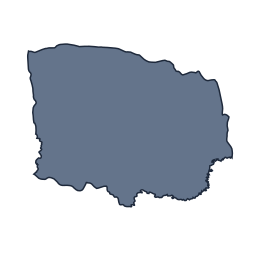 Romeas Haek, Svay Rieng, Cambodia (Albers equal-area conic projection), rotated 95°
{"feature_id": "14789045B82732978056422", "entity_name": "Romeas Haek", "entity_type": "district", "adm_level": 2, "iso_a3": "KHM", "parent_name": "Cambodia", "parent_adm1": "Svay Rieng", "projection": "albers", "projection_center": [105.801, 11.431], "detail": "fine", "context": "isolated", "style": "filled", "palette": "slate", "viewbox_px": 256, "rotation_deg": 95, "n_neighbors": 0, "source": "geoboundaries", "source_scale": "gbopen_adm2", "svg_char_len": 5817}
<svg xmlns="http://www.w3.org/2000/svg" viewBox="0 0 256 256"><g transform="rotate(95 128 128)"><path d="M52.2,131.9L52.2,134.7L52.4,136.6L52.1,138.0L50.1,143.6L49.8,144.9L49.6,147.7L49.6,155.6L49.8,160.3L49.7,161.6L50.0,164.3L49.9,168.5L50.0,173.7L50.4,178.1L51.2,183.8L50.9,184.7L50.2,189.0L49.7,195.7L49.9,198.1L50.7,202.8L51.1,204.0L52.4,206.2L54.1,207.5L54.6,208.4L55.1,213.7L55.9,216.3L56.0,217.2L57.3,220.3L60.6,226.7L60.8,227.3L60.8,228.1L60.2,230.6L60.1,231.4L60.3,233.4L60.1,233.8L64.0,234.2L65.9,234.1L78.1,232.3L79.7,231.7L80.9,230.7L81.7,229.8L82.9,229.2L84.5,229.3L86.6,229.8L87.9,229.5L89.4,228.8L93.6,227.2L97.0,226.2L100.0,225.8L103.6,225.0L104.8,225.0L106.1,224.7L107.7,223.9L108.2,223.5L108.6,222.7L110.3,221.8L111.1,221.7L111.8,221.9L114.2,223.5L116.2,224.2L120.9,224.2L124.1,223.5L127.9,222.9L130.8,222.2L131.2,221.9L131.3,221.3L133.1,220.4L134.5,219.9L138.4,219.4L141.3,219.3L142.1,219.4L142.3,218.6L143.7,217.7L144.9,217.5L146.2,217.9L146.2,215.2L146.5,214.8L147.3,214.8L147.6,215.1L148.6,214.7L148.9,214.4L149.4,212.8L149.7,212.6L150.3,212.5L151.2,212.8L152.1,212.5L152.3,212.7L153.3,213.0L154.1,212.7L155.5,213.3L155.9,213.2L156.5,212.2L157.0,212.2L158.1,212.9L159.3,214.4L159.7,214.5L160.1,214.5L160.5,214.1L161.4,213.2L162.1,212.9L162.9,212.1L163.4,211.9L164.9,212.0L165.6,212.4L165.8,213.2L165.6,214.4L166.5,215.3L167.8,216.4L168.9,216.9L169.2,216.9L169.8,216.8L170.5,216.9L171.4,216.4L171.4,215.5L172.2,215.6L172.3,215.0L172.5,214.6L173.3,215.0L174.5,215.0L175.2,214.8L176.1,214.0L176.5,213.9L177.3,214.0L179.0,215.1L179.9,215.3L180.0,215.8L180.6,216.4L181.1,216.7L182.2,217.8L182.7,216.6L185.8,212.5L186.1,211.6L186.4,210.5L186.5,209.2L186.4,206.3L186.0,205.4L184.8,204.0L184.2,202.8L184.1,202.1L184.2,200.2L185.1,197.3L186.8,195.1L188.3,193.3L189.2,192.6L190.1,191.4L190.7,189.9L190.9,188.2L190.4,183.7L190.4,181.0L190.6,179.3L191.4,177.7L192.4,176.6L194.0,174.3L194.7,172.6L194.7,170.6L194.5,169.6L193.8,168.3L192.6,167.4L190.1,166.3L186.9,165.0L186.0,164.8L185.8,164.2L186.1,163.7L186.2,163.2L186.1,161.9L186.3,160.7L186.8,159.4L189.4,156.5L190.9,154.0L190.5,152.5L188.2,147.0L188.0,145.9L187.9,144.3L188.5,143.9L189.2,143.6L191.3,143.4L192.3,143.0L193.0,142.4L193.5,141.0L194.0,140.6L194.7,140.5L195.2,140.2L195.4,139.7L195.7,137.8L196.0,137.0L197.8,135.6L198.0,135.2L197.7,133.3L198.5,132.1L199.2,131.6L202.6,130.7L204.8,129.7L205.1,129.1L205.1,128.3L204.8,127.2L204.8,126.2L205.2,125.5L205.9,124.8L206.2,124.0L206.4,122.2L206.1,119.6L206.2,118.0L205.9,117.6L204.6,118.1L204.3,118.1L204.1,117.5L204.0,116.5L204.5,115.3L204.4,114.9L203.7,115.0L202.2,115.8L201.7,115.8L200.1,114.6L198.2,115.6L196.9,115.8L196.4,115.6L195.8,114.9L195.5,113.7L195.1,113.2L194.6,113.2L193.3,113.5L192.8,113.4L192.2,113.0L191.8,112.5L191.5,111.8L191.1,109.9L191.3,108.7L191.2,108.3L190.6,108.4L190.2,109.9L189.6,110.2L189.2,110.1L188.5,109.2L188.3,108.5L188.5,107.7L189.6,105.5L190.0,103.9L191.4,103.2L191.4,101.5L190.1,101.1L190.0,100.5L190.4,99.0L191.3,96.9L191.7,95.1L192.5,94.9L193.5,95.6L194.3,95.2L194.6,94.3L194.1,92.3L194.1,91.7L194.6,90.8L194.3,88.5L194.1,88.1L193.6,87.9L192.6,87.1L192.1,86.3L191.7,84.3L191.2,83.9L190.8,83.2L192.2,82.5L191.9,79.9L191.2,78.7L191.2,78.2L191.8,77.2L192.5,76.9L193.1,77.4L193.2,78.0L193.7,78.2L194.3,77.6L194.3,77.1L193.5,76.1L193.2,75.9L193.0,75.4L193.5,74.7L193.6,74.1L194.7,72.6L194.9,71.7L194.9,70.7L194.5,69.2L194.5,68.7L195.1,67.7L195.0,67.4L194.4,66.7L194.6,66.1L195.0,65.8L195.3,65.3L195.2,64.3L195.0,63.7L194.0,63.2L193.2,62.4L194.2,60.5L193.4,59.8L192.7,57.6L192.3,57.2L191.5,57.1L192.0,56.1L192.0,55.3L191.7,54.9L190.7,54.8L190.2,54.1L190.0,53.2L188.4,51.7L186.7,51.5L186.6,50.7L187.5,50.8L187.8,49.9L187.7,49.5L187.0,49.6L184.8,49.1L185.2,48.9L185.2,48.5L184.3,47.7L182.5,46.7L182.8,46.2L183.7,45.9L183.6,44.9L183.3,44.6L182.7,45.0L181.8,45.0L181.6,45.3L180.9,45.1L180.8,44.1L180.9,42.9L180.3,42.2L180.0,42.3L178.4,43.4L178.0,42.4L177.2,42.6L177.5,42.9L177.5,43.4L176.7,43.6L174.7,43.2L174.4,43.5L174.6,43.8L174.1,44.2L174.2,44.7L174.7,44.8L174.2,45.5L173.5,45.8L173.5,45.1L173.0,44.7L172.5,44.7L172.2,43.9L171.5,44.1L170.5,45.5L170.0,45.1L170.1,43.4L169.4,43.5L168.5,44.0L167.5,44.9L167.1,44.9L167.6,43.5L167.5,42.9L167.1,43.1L166.2,44.0L163.7,43.6L162.9,43.4L163.2,42.8L163.7,43.2L163.9,42.9L163.9,41.1L163.2,40.2L162.2,41.1L162.6,41.4L162.8,42.1L162.3,42.7L161.9,43.1L161.5,43.1L158.5,43.2L157.9,41.6L157.2,40.8L156.7,39.8L156.3,39.6L154.9,39.3L154.8,39.7L154.3,39.9L153.9,40.5L154.5,40.7L154.7,41.1L154.6,41.5L153.2,41.1L152.3,40.0L152.1,39.4L152.7,39.7L153.1,39.5L153.2,38.8L153.5,38.2L152.5,37.1L152.1,36.9L151.4,37.3L151.1,36.6L151.1,35.6L152.0,35.7L152.3,34.8L152.5,33.4L152.9,32.5L152.3,32.4L151.8,31.9L151.5,30.8L151.2,30.3L150.7,30.3L150.6,31.0L150.3,30.7L150.1,29.8L149.0,29.0L148.7,28.5L148.8,27.8L149.1,27.6L149.3,27.1L149.3,26.3L148.8,25.8L148.5,24.9L148.6,24.5L148.3,24.1L148.8,23.6L149.0,23.1L148.1,22.9L147.8,22.6L147.8,22.2L148.3,21.8L144.1,21.8L141.8,22.2L139.7,22.7L137.7,23.9L132.8,28.2L131.5,28.6L129.6,28.7L127.4,28.6L125.4,28.8L123.6,28.7L121.6,28.2L117.2,29.4L113.5,29.5L110.0,28.6L108.2,28.4L106.8,30.1L106.1,31.7L106.0,33.0L106.7,35.0L105.9,35.3L104.6,35.4L100.6,35.4L98.1,35.8L95.8,36.4L82.0,40.6L75.3,43.3L74.4,43.9L73.6,44.9L72.9,45.3L72.5,45.8L72.4,46.6L72.9,49.3L73.8,52.3L73.8,53.5L73.4,54.9L72.6,56.3L71.5,57.5L69.0,59.8L65.7,62.0L65.3,62.8L65.6,63.7L66.7,64.6L67.1,65.3L66.9,66.6L66.8,69.7L67.2,71.3L68.7,74.1L70.1,77.4L70.3,78.0L70.2,78.6L69.8,79.4L68.1,81.2L67.5,82.1L67.1,83.2L67.4,83.7L67.3,84.3L67.0,85.2L65.9,85.9L64.2,87.4L63.6,87.7L62.1,88.0L61.2,88.3L59.9,89.9L58.6,91.7L58.1,92.7L58.1,94.6L57.3,97.1L57.8,99.3L60.2,106.4L60.4,110.7L60.3,113.1L59.4,115.7L58.3,117.8L57.7,118.7L54.5,122.8L54.3,123.3L54.2,125.5L53.9,127.0L52.7,130.7L52.2,131.9Z" fill="#64748b" stroke="#1e293b" stroke-width="1.5"/></g></svg>